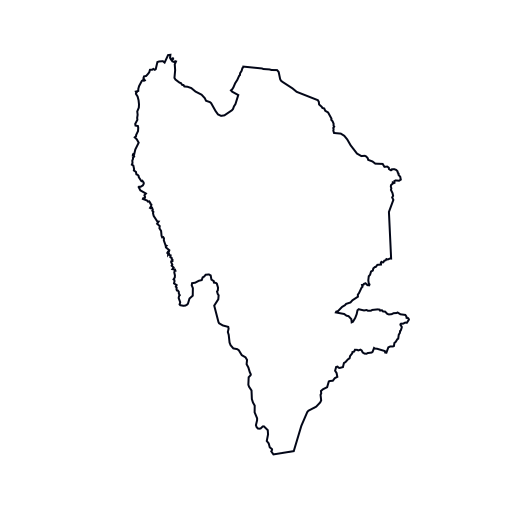 Macanga, Tete, Mozambique (Mercator projection), rotated 198°
{"feature_id": "85939544B71238690131788", "entity_name": "Macanga", "entity_type": "district", "adm_level": 2, "iso_a3": "MOZ", "parent_name": "Mozambique", "parent_adm1": "Tete", "projection": "mercator", "projection_center": [33.601, -14.715], "detail": "fine", "context": "isolated", "style": "outline", "palette": "ink", "viewbox_px": 512, "rotation_deg": 198, "n_neighbors": 0, "source": "geoboundaries", "source_scale": "gbopen_adm2", "svg_char_len": 6125}
<svg xmlns="http://www.w3.org/2000/svg" viewBox="0 0 512 512"><g transform="rotate(198 256 256)"><path d="M313.7,186.3L312.8,185.8L309.7,186.2L307.9,187.0L306.7,188.2L306.0,189.6L306.1,195.0L303.9,198.7L306.1,205.9L308.1,208.3L308.4,210.4L305.6,211.8L302.7,214.8L300.2,216.3L300.1,219.2L298.9,220.5L298.1,222.6L295.1,223.9L293.1,223.5L291.1,219.8L288.3,219.0L287.8,217.7L285.8,218.0L284.7,217.6L282.3,214.1L281.7,211.4L282.1,210.2L280.6,208.0L279.4,207.1L278.5,203.2L280.4,195.9L271.3,181.6L270.3,180.6L266.1,179.7L260.5,180.0L259.6,178.4L259.3,175.0L257.6,172.6L254.4,165.5L252.6,163.3L249.0,161.1L245.2,161.6L243.3,161.1L238.9,157.3L234.7,156.4L232.4,154.4L231.5,150.2L228.8,147.6L226.1,143.7L224.4,141.9L224.3,141.0L225.5,138.4L223.5,131.2L222.2,129.5L218.7,126.7L215.7,118.6L213.6,115.7L211.0,113.3L209.0,106.9L204.8,102.0L204.2,100.1L203.8,95.1L202.6,93.5L200.9,92.5L199.4,92.8L198.3,93.4L196.9,96.0L195.8,96.4L191.0,94.0L189.4,90.0L188.6,83.4L186.0,81.7L183.8,78.3L181.2,77.3L180.8,76.6L181.1,74.9L178.1,72.7L159.8,82.1L160.4,108.5L159.0,123.5L158.3,125.1L152.2,131.3L149.7,136.6L149.4,138.8L151.7,143.9L151.5,145.4L152.5,147.7L151.1,150.0L147.8,153.2L148.0,159.2L147.0,160.0L144.4,161.1L143.3,164.2L141.3,166.2L143.2,169.6L145.3,171.3L145.5,175.2L144.3,176.0L143.0,175.3L141.8,175.4L139.0,177.2L139.3,181.4L138.1,182.8L136.7,186.0L135.4,187.6L135.6,190.0L134.4,193.2L134.6,194.4L133.1,195.5L132.9,197.4L130.8,198.0L129.6,197.8L127.7,199.2L126.3,198.8L124.7,197.2L122.6,196.7L120.7,197.2L119.8,198.2L116.2,199.9L115.5,200.9L115.3,205.0L114.3,204.7L112.2,205.2L104.1,205.4L103.3,204.1L102.1,204.3L101.9,210.0L100.3,211.5L97.8,212.3L97.0,213.0L97.5,216.1L96.6,217.5L95.9,220.5L95.2,221.3L95.9,225.3L95.4,227.4L95.8,229.2L95.3,229.8L95.3,233.0L95.5,233.7L97.4,235.2L97.5,235.8L97.1,236.5L95.2,237.1L93.5,238.8L91.9,239.1L91.0,242.4L91.0,243.0L92.1,243.9L93.7,243.7L94.2,244.9L95.8,246.1L100.6,245.2L103.9,246.0L104.7,245.2L107.5,244.1L109.0,242.6L111.5,241.5L113.2,241.5L116.0,243.0L118.1,242.5L119.5,243.3L121.1,242.4L121.9,243.2L123.9,242.8L128.8,240.6L129.8,239.5L132.7,238.5L134.1,238.8L136.4,237.6L141.9,237.1L142.7,235.7L142.3,231.9L142.5,227.8L143.5,223.4L144.5,222.5L145.8,225.4L149.4,227.4L151.5,227.2L154.2,228.1L162.6,227.0L162.5,227.9L161.0,228.9L158.4,234.2L156.2,236.7L155.5,238.3L151.8,241.0L150.6,243.7L146.5,248.8L147.2,250.7L146.6,252.5L145.8,258.6L145.2,259.7L146.2,261.2L144.9,261.9L144.7,262.9L143.4,263.9L141.0,262.7L139.3,263.1L139.3,264.1L140.3,264.8L141.7,267.6L142.5,271.6L141.7,273.4L141.8,276.8L140.4,278.3L140.6,280.5L139.5,282.3L138.8,282.5L137.8,285.1L134.5,286.5L135.2,288.3L134.9,289.2L133.8,289.0L133.0,289.3L132.5,291.2L131.3,292.0L131.0,293.4L129.6,293.4L127.8,295.0L126.7,295.3L143.2,339.0L142.7,351.8L144.6,353.8L144.2,355.6L145.6,358.0L148.1,360.6L148.2,362.2L149.2,363.6L149.5,365.1L148.4,367.1L148.6,368.0L147.7,367.7L146.9,368.4L147.6,369.9L146.6,371.0L143.2,371.8L141.9,373.4L143.3,375.9L145.6,377.3L145.9,378.5L146.8,378.9L147.6,380.3L149.3,381.2L151.3,381.3L153.5,380.5L153.7,379.5L154.3,379.2L156.4,379.8L157.0,381.0L158.8,381.6L161.4,380.5L164.0,382.7L171.1,380.7L174.4,381.9L179.0,382.1L179.9,383.5L181.9,384.7L183.5,384.9L186.7,383.6L191.6,384.6L200.2,390.5L205.3,395.1L209.2,397.6L213.2,398.6L219.8,397.1L221.2,399.1L221.4,400.7L222.1,401.6L221.6,403.2L222.5,403.9L223.1,405.8L224.8,407.8L226.5,408.8L226.7,410.0L231.8,414.8L235.0,415.5L236.7,417.4L238.6,417.3L239.6,418.2L242.8,419.6L243.9,422.0L245.3,423.3L268.1,424.7L273.1,426.7L284.7,429.8L286.5,430.5L287.7,431.7L291.3,438.0L293.4,439.3L298.7,437.7L300.9,437.6L306.8,436.1L308.3,436.2L326.6,432.2L326.5,431.4L327.0,430.5L326.9,427.7L327.6,424.9L327.2,423.1L327.7,422.3L328.2,417.7L329.2,413.9L329.6,409.4L330.2,407.0L331.0,405.8L329.5,404.9L322.6,403.6L322.5,394.1L323.2,391.5L323.3,388.7L323.9,387.2L329.5,380.0L332.5,378.5L335.9,378.9L339.3,381.4L345.9,387.5L347.3,388.1L351.5,388.2L353.5,390.3L357.6,392.6L364.4,393.7L369.4,395.7L373.4,395.8L376.5,395.1L377.8,396.2L379.0,395.9L381.0,397.3L382.2,397.2L387.1,398.9L388.6,400.2L390.3,407.7L392.5,413.2L392.2,416.3L393.0,416.3L394.0,415.2L395.8,415.3L396.6,416.2L395.7,417.8L395.9,418.3L396.5,418.2L396.5,417.4L397.6,416.6L399.0,417.9L399.6,420.9L401.7,419.9L402.7,411.7L404.8,412.5L408.2,411.1L409.7,410.0L409.1,402.7L409.8,401.8L411.5,402.2L412.1,401.2L414.4,400.3L414.3,397.7L415.2,395.3L416.1,393.3L418.0,392.2L418.0,390.3L416.0,388.7L416.8,388.0L418.0,388.2L418.7,387.2L419.7,381.5L419.6,378.7L419.0,376.6L421.0,375.3L420.1,374.6L420.5,374.0L420.3,373.1L417.9,371.1L415.8,367.8L414.1,364.0L413.3,360.9L413.6,356.8L412.2,353.7L411.7,350.6L410.9,348.9L411.7,344.3L410.9,342.8L408.5,343.1L407.6,341.5L406.8,338.3L407.4,334.1L407.1,332.9L408.0,331.4L405.4,330.1L402.6,327.5L403.7,320.0L403.3,315.4L404.2,315.2L404.4,314.5L404.2,313.5L403.1,313.7L402.6,313.0L403.4,311.4L403.0,310.5L403.1,308.4L402.2,306.3L402.3,304.5L400.6,304.1L398.8,301.0L398.6,299.6L396.2,298.9L395.0,296.7L393.6,296.6L392.3,295.8L391.8,294.7L388.3,291.9L387.7,291.8L387.3,292.4L385.6,291.2L385.1,290.1L385.4,288.2L387.1,286.2L388.7,285.7L388.9,285.3L386.3,282.7L380.0,281.4L380.9,279.3L379.7,277.8L379.7,276.9L381.2,276.0L381.2,275.3L376.8,275.1L375.4,274.3L374.5,275.0L373.0,273.9L372.8,273.2L371.4,272.6L371.2,270.9L371.6,269.0L370.8,268.9L370.2,270.0L369.7,269.7L368.4,268.0L368.6,267.0L367.2,266.2L367.3,265.1L365.7,262.5L360.5,258.3L359.3,258.6L360.0,256.1L356.8,254.7L356.4,252.5L354.0,250.5L352.1,246.1L351.0,244.7L350.1,245.3L349.0,244.4L348.5,242.4L347.3,240.8L345.4,238.3L344.3,238.1L344.8,237.3L344.3,236.3L340.2,234.7L340.2,233.6L341.0,233.0L341.3,231.5L340.3,231.1L340.0,230.1L339.5,231.4L338.4,230.1L337.4,230.2L337.1,228.4L335.6,228.1L335.3,227.2L334.3,226.7L333.9,225.4L334.9,224.9L334.9,224.1L332.9,221.9L333.2,220.7L330.8,219.6L331.4,217.7L328.9,218.1L328.1,217.1L328.8,216.7L328.6,215.0L327.1,212.5L326.6,210.5L327.2,208.3L326.2,207.9L325.7,206.9L325.5,204.6L322.5,203.8L322.8,202.0L321.7,201.4L321.3,199.7L320.6,198.8L319.7,199.0L318.4,198.1L317.7,196.3L316.4,195.2L316.8,194.2L316.6,192.2L313.8,188.6L313.7,186.3Z" fill="none" stroke="#020617" stroke-width="2"/></g></svg>